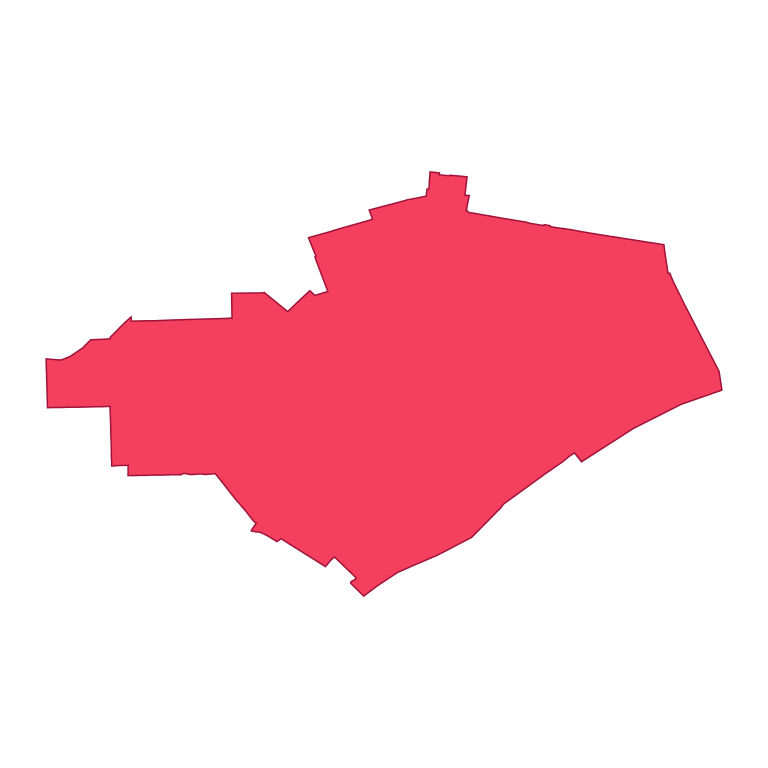 outline of Giurgiu, Giurgiu, Romania
{"feature_id": "2599482B32840692607101", "entity_name": "Giurgiu", "entity_type": "district", "adm_level": 2, "iso_a3": "ROU", "parent_name": "Romania", "parent_adm1": "Giurgiu", "projection": "robinson", "projection_center": [25.939, 43.898], "detail": "fine", "context": "isolated", "style": "filled", "palette": "rose", "viewbox_px": 768, "rotation_deg": 0, "n_neighbors": 0, "source": "geoboundaries", "source_scale": "gbopen_adm2", "svg_char_len": 5043}
<svg xmlns="http://www.w3.org/2000/svg" viewBox="0 0 768 768"><path d="M363.7,596.1L376.6,586.4L378.0,585.4L397.3,572.6L410.1,566.9L430.6,558.1L433.0,557.1L436.8,555.5L471.6,537.4L495.3,513.4L496.2,512.4L497.4,511.2L500.1,508.7L503.7,504.0L545.5,473.6L563.3,461.3L569.1,456.4L574.5,452.9L581.5,461.8L633.3,428.5L681.2,404.3L721.9,390.1L719.1,371.4L687.3,309.9L684.5,304.5L672.9,280.8L672.8,280.5L671.2,276.7L669.8,273.1L668.0,273.3L666.9,265.4L666.7,264.9L665.8,258.7L664.7,251.2L663.9,244.7L655.6,243.4L645.2,241.8L620.4,237.9L613.0,236.6L612.9,236.9L611.0,236.5L607.4,235.8L600.5,234.8L593.9,233.7L588.4,232.8L575.1,230.5L571.8,229.8L569.1,229.4L562.7,228.4L562.7,228.7L561.7,228.5L561.3,228.4L550.3,226.7L550.1,225.7L544.1,224.6L543.8,225.3L543.3,225.5L528.7,223.1L528.7,222.8L525.8,222.3L525.9,222.1L502.8,218.3L494.9,216.9L491.0,216.2L487.5,215.6L484.3,215.1L479.7,214.3L475.4,213.5L473.4,213.2L470.7,212.8L470.0,212.7L469.5,212.6L469.2,212.5L468.9,212.3L468.6,212.2L468.4,212.1L468.3,211.9L468.1,211.8L468.0,211.6L467.7,211.4L467.5,211.1L467.3,210.9L466.3,210.8L467.1,206.4L467.7,203.0L468.5,199.0L469.0,196.6L469.1,196.3L469.3,195.5L468.2,195.4L467.8,195.4L466.8,195.4L465.8,195.3L464.9,195.2L465.6,189.7L466.1,184.7L466.5,181.9L466.7,180.0L467.1,176.9L464.9,176.6L458.7,176.0L456.7,175.8L455.7,175.7L453.7,175.6L449.8,175.2L449.6,175.8L441.3,175.0L439.3,174.9L439.5,172.9L433.1,172.2L430.1,171.9L430.0,173.0L429.7,177.1L429.3,181.0L429.2,182.1L429.4,182.5L429.4,183.3L429.2,185.2L429.0,187.2L428.9,188.0L428.8,188.8L427.0,189.1L426.7,191.4L426.2,196.1L423.8,196.6L417.6,197.9L411.3,199.1L407.2,199.8L406.1,200.2L399.6,202.0L391.8,204.1L385.7,205.7L378.8,207.5L372.7,209.1L369.2,210.0L370.1,212.5L371.4,216.2L372.5,219.3L365.4,221.4L358.1,223.5L351.5,225.3L345.3,227.1L343.4,227.6L338.3,229.1L335.3,230.0L333.0,230.6L332.9,230.6L332.5,230.9L332.1,231.1L308.5,237.7L314.7,253.2L316.0,256.2L315.1,256.6L315.1,257.8L327.6,290.8L327.8,291.5L314.9,295.4L309.8,290.7L305.4,294.8L300.1,299.7L287.7,311.6L269.0,296.4L264.1,292.4L263.5,292.8L263.2,292.8L260.3,292.9L257.4,293.0L250.5,293.0L241.3,293.1L234.9,293.2L231.6,293.2L231.6,294.1L231.7,296.9L231.7,299.8L231.8,304.8L231.9,310.4L232.0,315.6L232.0,318.2L230.7,318.1L226.4,318.4L223.3,318.5L217.5,318.7L213.4,318.8L209.0,318.9L201.7,319.1L201.1,319.2L200.9,319.1L199.1,319.2L190.7,319.4L187.0,319.5L180.1,319.8L175.3,319.9L168.2,320.2L166.9,320.2L165.7,320.3L165.2,320.3L153.1,320.8L151.2,320.7L147.7,320.8L142.2,320.9L139.8,320.9L138.0,321.0L136.2,321.0L133.1,321.1L131.3,321.2L131.2,317.0L129.3,318.5L127.5,320.2L126.7,320.9L126.1,321.5L125.5,321.9L125.1,322.2L122.4,325.1L120.5,326.8L118.4,329.0L117.6,329.9L116.8,330.7L115.7,331.8L113.7,333.8L111.6,335.9L110.6,336.9L110.3,337.3L110.3,337.6L110.3,338.1L110.5,338.5L107.6,339.0L104.5,339.2L90.7,339.8L82.6,348.0L70.0,356.5L61.5,359.9L58.0,359.9L46.1,358.9L47.5,407.7L50.3,407.6L52.0,407.6L54.8,407.5L58.0,407.5L61.8,407.5L66.0,407.3L70.2,407.2L72.4,407.2L77.0,407.2L81.6,407.1L87.1,407.0L93.0,406.8L94.9,406.8L99.9,406.7L102.4,406.7L106.5,406.5L109.9,406.4L110.1,409.9L110.2,412.8L110.4,417.5L110.5,421.4L110.7,426.8L110.8,431.6L110.9,436.2L111.1,440.6L111.2,445.1L111.3,450.2L111.4,452.3L111.3,455.1L111.4,458.4L111.7,462.3L111.7,466.0L114.8,465.9L117.2,465.6L119.4,465.5L123.9,465.4L128.1,465.4L128.1,468.4L128.1,471.7L128.1,473.4L128.0,475.4L128.0,475.6L129.8,475.6L132.7,475.6L136.6,475.5L139.8,475.4L143.3,475.4L146.3,475.4L149.1,475.2L150.2,475.2L150.9,475.1L151.3,475.0L151.7,475.0L152.5,475.1L153.7,475.1L155.2,475.1L157.3,475.1L159.3,475.0L161.4,475.1L163.3,475.0L165.3,475.0L166.7,474.9L168.3,474.9L169.6,474.9L170.4,474.8L171.2,474.6L172.0,474.6L173.6,474.8L175.8,474.7L178.7,474.7L180.4,474.8L181.1,474.7L181.5,474.6L182.0,474.2L182.5,473.8L183.0,473.6L183.7,473.5L184.8,473.5L185.9,473.6L187.5,474.0L189.1,474.4L190.1,474.5L191.0,474.5L193.0,474.5L194.4,474.4L195.7,474.3L196.9,474.1L198.2,474.1L199.3,474.0L200.8,474.0L202.3,474.0L203.2,474.1L203.7,474.4L204.1,474.5L204.9,474.5L206.5,474.4L208.8,474.2L211.0,474.0L212.0,474.0L212.4,473.9L215.2,473.6L217.5,476.4L219.3,478.6L220.5,480.1L222.0,482.1L223.3,483.6L224.6,485.3L226.4,487.7L228.5,490.4L230.3,492.7L230.8,493.3L231.6,494.4L232.3,495.2L232.9,495.9L233.6,496.9L234.2,497.7L235.3,499.0L236.9,500.9L237.8,502.1L239.2,503.3L240.6,505.0L241.6,506.3L241.8,506.7L241.8,507.0L242.3,507.1L242.9,507.6L244.2,509.4L245.8,511.2L247.9,513.9L250.2,516.9L252.7,520.0L254.0,521.5L255.1,522.2L255.7,522.6L256.3,523.0L255.0,524.9L251.3,530.4L251.5,531.1L252.4,531.1L253.7,531.4L256.2,531.9L258.4,532.0L259.7,532.2L261.1,532.7L262.9,533.5L266.5,535.3L268.7,536.5L273.4,539.5L274.8,540.1L276.9,541.6L279.7,539.7L280.9,538.5L288.9,543.7L318.3,562.1L325.4,566.6L328.3,563.2L331.2,559.8L333.6,557.7L334.6,557.1L343.1,565.2L354.6,576.4L356.1,577.8L355.9,578.1L355.7,578.6L355.5,578.9L354.7,579.4L354.4,579.6L354.2,580.0L353.6,580.3L352.4,580.8L351.5,581.5L350.9,582.1L350.6,582.4L350.7,582.6L350.8,582.8L350.7,583.2L363.7,596.1Z" fill="#f43f5e" stroke="#9f1239" stroke-width="1.5"/></svg>